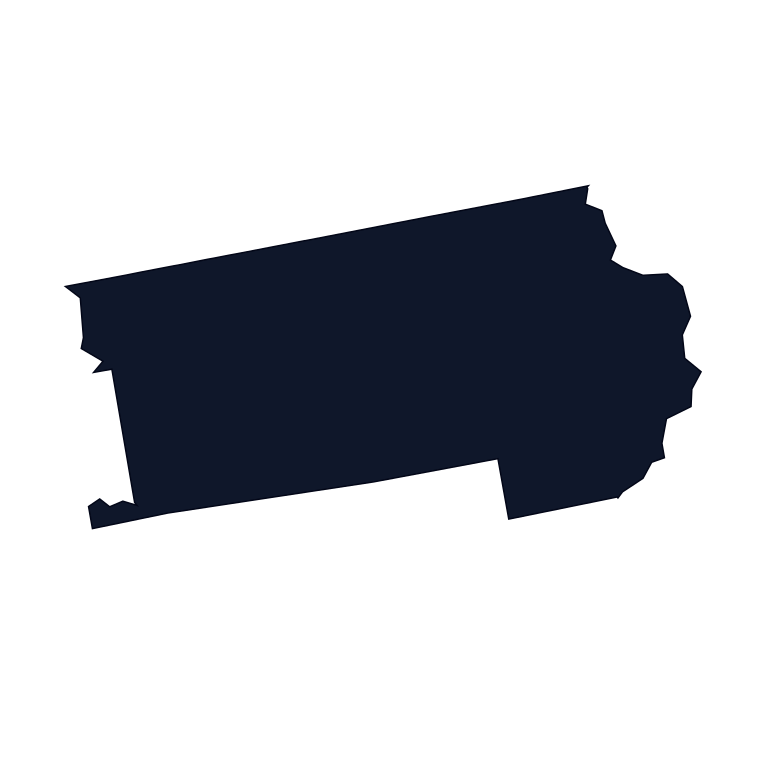 Clay, Arkansas, United States of America (orthographic projection), rotated 349°
{"feature_id": "52423323B51482059036815", "entity_name": "Clay", "entity_type": "district", "adm_level": 2, "iso_a3": "USA", "parent_name": "United States of America", "parent_adm1": "Arkansas", "projection": "orthographic", "projection_center": [-90.411, 36.349], "detail": "fine", "context": "isolated", "style": "filled", "palette": "ink", "viewbox_px": 768, "rotation_deg": 349, "n_neighbors": 0, "source": "geoboundaries", "source_scale": "gbopen_adm2", "svg_char_len": 942}
<svg xmlns="http://www.w3.org/2000/svg" viewBox="0 0 768 768"><g transform="rotate(349 384 384)"><path d="M89.9,227.5L102.3,241.5L97.8,281.2L93.6,291.4L112.5,308.0L101.2,317.2L119.7,317.5L116.6,452.6L118.4,456.1L105.3,449.2L91.3,452.2L83.0,442.6L70.6,447.9L70.2,470.3L146.9,469.4L355.3,478.1L481.6,479.0L480.7,540.4L591.3,539.4L591.9,540.5L597.5,535.4L620.2,526.0L631.8,511.9L645.2,509.9L645.5,495.2L654.7,471.9L681.1,464.7L685.2,447.7L697.6,432.5L684.1,416.2L686.2,392.7L697.8,376.0L695.5,345.3L683.4,330.1L658.9,326.7L640.7,315.3L629.9,305.5L638.0,292.7L631.8,268.3L631.0,255.5L616.6,246.3L615.9,245.9L621.2,231.2L620.7,229.6L622.3,228.4L587.4,228.6L567.7,228.7L564.9,228.7L557.9,228.8L464.4,228.4L334.1,228.3L333.7,228.2L329.4,228.2L265.4,228.1L257.6,228.0L250.1,228.0L240.7,228.0L234.7,227.9L204.4,228.0L200.4,227.9L166.9,227.8L151.5,227.9L105.7,227.6L91.5,227.5L89.9,227.5Z" fill="#0f172a" stroke="#020617" stroke-width="1.5"/></g></svg>